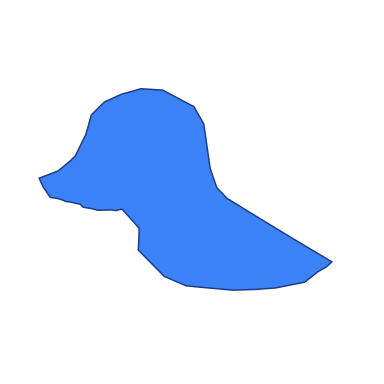 the district of Irepo, Oyo, Nigeria, rotated 13°
{"feature_id": "59680162B43339423021624", "entity_name": "Irepo", "entity_type": "district", "adm_level": 2, "iso_a3": "NGA", "parent_name": "Nigeria", "parent_adm1": "Oyo", "projection": "albers", "projection_center": [3.871, 9.032], "detail": "fine", "context": "isolated", "style": "filled", "palette": "blue", "viewbox_px": 384, "rotation_deg": 13, "n_neighbors": 0, "source": "geoboundaries", "source_scale": "gbopen_adm2", "svg_char_len": 899}
<svg xmlns="http://www.w3.org/2000/svg" viewBox="0 0 384 384"><g transform="rotate(13 192 192)"><path d="M40.0,212.9L42.2,216.0L44.6,218.9L46.5,221.3L49.8,224.1L53.1,227.4L55.2,229.2L60.5,228.6L65.8,228.7L71.5,229.6L76.6,229.1L83.8,229.1L85.8,229.0L87.1,229.9L89.4,231.3L93.1,231.1L97.0,230.8L104.6,230.9L117.6,227.6L122.1,227.2L122.7,226.9L127.6,224.3L148.7,239.2L150.5,248.5L152.2,257.6L152.6,260.6L184.0,280.5L207.4,284.7L220.1,283.1L254.1,278.4L276.0,272.6L295.0,266.7L322.1,254.5L332.4,241.6L339.9,234.6L344.0,228.6L298.9,214.1L288.3,210.6L262.9,202.2L238.5,194.0L227.8,190.4L215.2,182.2L208.4,171.4L204.4,164.9L192.6,134.5L188.1,123.0L174.6,108.4L168.6,106.8L161.0,104.8L140.5,99.3L118.9,102.9L109.6,108.1L108.6,108.6L100.9,112.9L86.5,123.9L76.6,139.4L75.8,156.1L75.7,159.4L72.1,174.9L70.2,183.1L66.1,189.3L57.0,201.4L40.0,212.9Z" fill="#3b82f6" stroke="#1e3a8a" stroke-width="1.5"/></g></svg>